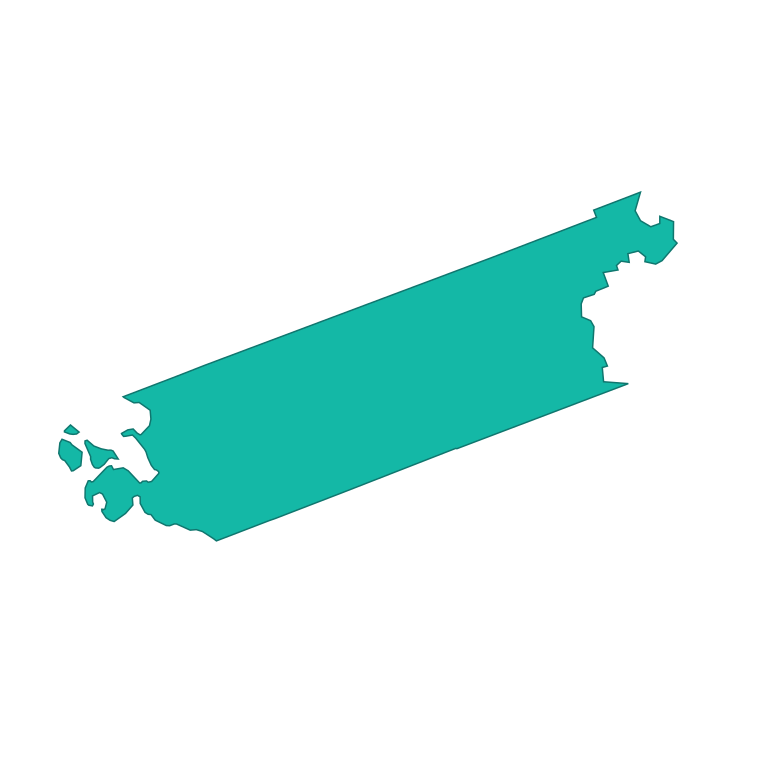 outline of Skagit, Washington, United States of America, rotated 339°
{"feature_id": "52423323B93114504552564", "entity_name": "Skagit", "entity_type": "district", "adm_level": 2, "iso_a3": "USA", "parent_name": "United States of America", "parent_adm1": "Washington", "projection": "mercator", "projection_center": [-122.193, 48.477], "detail": "fine", "context": "isolated", "style": "filled", "palette": "teal", "viewbox_px": 768, "rotation_deg": 339, "n_neighbors": 0, "source": "geoboundaries", "source_scale": "gbopen_adm2", "svg_char_len": 2187}
<svg xmlns="http://www.w3.org/2000/svg" viewBox="0 0 768 768"><g transform="rotate(339 384 384)"><path d="M708.1,357.5L706.0,352.6L712.5,336.2L701.6,326.3L699.0,333.0L689.4,332.8L682.0,323.5L680.5,312.3L692.2,296.8L642.1,296.8L642.1,304.6L528.9,304.6L225.1,302.3L223.3,302.3L188.9,302.5L135.9,302.4L136.5,303.5L143.8,312.0L148.8,313.5L156.3,324.7L153.8,333.3L150.1,338.9L139.2,344.1L138.0,344.0L136.0,341.5L133.7,336.1L128.4,335.0L121.2,336.1L121.2,336.9L122.1,339.6L124.2,340.2L130.9,341.5L132.8,345.6L137.1,359.2L137.5,362.2L137.1,368.2L137.6,376.5L139.1,381.6L140.7,382.6L142.1,384.9L142.1,386.2L141.4,386.9L132.1,391.7L128.7,391.2L127.5,389.4L123.7,388.3L121.8,389.2L120.4,388.9L114.1,373.4L110.5,368.8L100.8,366.9L100.3,362.7L98.1,362.1L95.5,362.4L77.5,370.9L75.7,370.6L75.0,369.0L73.2,368.4L67.8,374.0L66.0,378.4L64.1,383.1L64.3,390.1L65.0,391.4L68.1,393.3L69.7,391.9L69.7,389.8L71.8,384.0L79.6,383.4L81.8,385.9L82.8,395.0L78.8,400.6L76.6,400.8L76.6,400.2L75.6,399.8L75.0,402.0L76.6,409.2L79.4,413.1L82.8,415.7L96.3,412.2L106.2,407.0L108.2,400.2L110.5,399.4L114.0,399.6L115.9,402.0L113.6,408.2L114.9,418.2L117.1,421.1L119.7,422.4L121.6,429.1L130.0,438.1L133.1,439.5L138.0,439.5L140.2,440.4L150.7,451.0L156.6,452.7L161.6,456.6L169.4,467.3L171.3,470.4L228.0,470.4L234.0,470.6L293.7,470.5L303.2,470.5L427.8,469.8L428.9,470.5L612.2,471.2L589.8,460.6L593.7,446.8L599.0,447.3L598.8,438.5L591.7,425.0L600.6,405.7L599.6,399.0L592.5,392.1L596.8,379.9L601.1,375.1L612.4,375.6L615.0,373.3L628.4,373.0L628.6,358.5L643.3,361.4L643.5,356.7L649.4,354.3L656.5,358.3L658.4,349.7L669.1,351.0L673.8,359.0L671.4,363.3L680.6,369.4L687.8,368.5L708.1,357.5ZM55.5,332.2L55.7,337.1L56.7,339.4L58.5,341.1L60.6,348.7L61.1,353.2L62.8,353.6L71.7,351.6L77.7,339.5L70.9,329.0L70.0,326.1L63.6,320.2L60.3,322.8L55.5,332.2ZM83.1,349.1L82.9,354.5L83.6,357.7L84.5,358.9L87.4,360.3L88.9,360.2L94.0,358.7L100.3,355.0L103.5,355.3L105.6,357.2L109.0,358.8L107.1,349.5L105.4,347.9L102.6,346.9L96.8,343.2L90.9,337.9L86.7,330.1L84.5,330.0L83.5,332.4L84.1,346.7L83.1,349.1ZM68.9,313.2L68.5,314.2L72.7,318.0L75.7,319.6L79.1,320.5L82.1,319.6L76.6,309.9L68.9,313.2Z" fill="#14b8a6" stroke="#0f766e" stroke-width="1.5"/></g></svg>